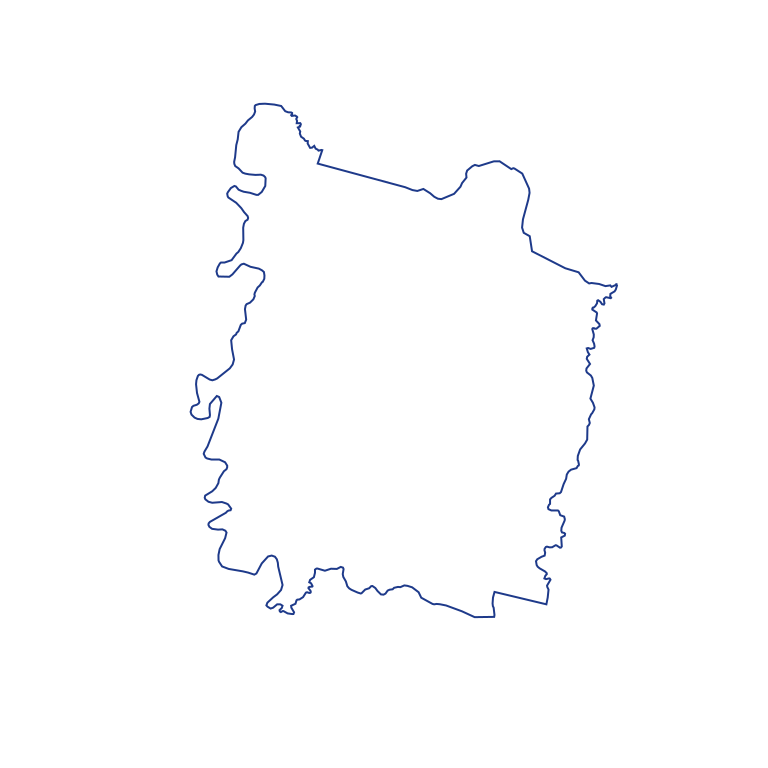 Pisaflores, Hidalgo, Mexico (orthographic projection), rotated 118°
{"feature_id": "50627088B64688657513585", "entity_name": "Pisaflores", "entity_type": "district", "adm_level": 2, "iso_a3": "MEX", "parent_name": "Mexico", "parent_adm1": "Hidalgo", "projection": "orthographic", "projection_center": [-98.985, 21.231], "detail": "fine", "context": "isolated", "style": "outline", "palette": "blue", "viewbox_px": 768, "rotation_deg": 118, "n_neighbors": 0, "source": "geoboundaries", "source_scale": "gbopen_adm2", "svg_char_len": 6166}
<svg xmlns="http://www.w3.org/2000/svg" viewBox="0 0 768 768"><g transform="rotate(118 384 384)"><path d="M621.1,441.3L620.2,434.3L615.7,420.7L614.3,415.4L613.2,409.0L611.2,407.7L599.8,407.7L590.7,405.4L588.2,402.6L587.7,399.2L589.1,396.3L591.7,393.8L594.9,391.7L609.1,379.2L614.2,378.2L619.9,379.6L624.4,381.7L631.8,384.3L634.7,383.9L635.3,382.2L635.5,378.7L633.6,376.9L628.7,374.9L627.2,372.0L627.4,369.5L629.8,369.1L632.7,370.1L633.7,369.2L633.8,368.0L632.0,366.8L631.7,366.1L631.8,361.4L630.2,357.0L629.6,356.0L627.8,356.2L625.0,360.8L623.4,361.9L619.6,359.0L616.1,359.7L615.1,359.3L613.9,357.5L610.2,355.4L604.9,355.0L604.0,354.2L603.6,351.9L602.9,351.0L602.0,351.0L601.1,351.8L599.7,354.9L599.0,355.1L598.1,354.5L596.5,352.2L596.0,352.2L594.2,354.8L594.2,356.9L591.6,357.3L587.5,355.2L583.1,356.3L580.3,357.8L578.7,357.0L578.2,356.2L576.6,348.5L572.0,344.1L569.4,338.8L565.8,336.3L565.4,334.0L566.4,332.8L571.2,331.2L573.5,329.3L576.2,325.0L579.8,321.4L580.8,318.8L581.0,316.1L580.5,309.3L579.9,306.2L579.3,305.6L574.3,304.1L571.3,301.2L568.5,300.4L567.8,299.4L568.2,295.9L569.8,292.6L571.2,287.9L570.2,285.5L568.4,284.3L564.7,283.8L563.0,282.5L561.2,280.0L559.2,279.4L556.6,276.4L555.7,274.2L552.3,271.5L551.2,268.5L550.3,263.7L551.6,255.7L555.2,250.8L555.4,237.9L555.0,236.3L553.5,234.3L552.2,231.2L550.4,225.2L548.1,208.5L547.3,194.5L537.9,177.4L536.1,178.0L530.0,182.2L529.0,183.6L526.8,185.1L521.4,187.5L515.7,188.8L502.3,137.2L495.7,139.2L488.3,142.2L486.5,144.6L485.4,145.4L478.7,145.1L478.0,146.2L478.1,146.9L480.2,149.3L480.4,151.1L477.6,151.5L475.4,151.0L474.6,151.6L473.9,153.9L473.7,160.0L473.2,162.5L472.2,164.2L469.1,166.6L466.8,166.4L462.6,163.8L460.1,161.6L457.3,162.5L455.4,164.3L454.2,164.8L452.0,164.6L451.1,163.8L450.5,161.1L449.2,158.9L445.8,156.8L445.5,155.9L445.9,151.7L445.2,150.9L443.9,150.8L436.3,155.5L433.0,153.2L431.2,153.8L430.9,154.9L431.5,157.2L430.3,158.6L427.5,159.8L419.8,160.4L418.4,160.9L416.5,162.7L417.1,166.8L414.3,169.9L414.0,171.1L417.1,176.9L417.3,180.0L415.9,181.4L413.2,181.6L411.9,181.1L407.9,183.2L405.9,182.7L402.6,180.9L400.0,180.7L398.0,177.6L396.3,177.0L388.0,178.4L382.2,178.7L378.1,180.1L374.7,179.9L371.8,178.6L367.9,174.5L365.4,174.4L364.5,173.8L363.4,174.2L360.5,176.7L360.2,177.4L356.5,179.1L349.7,180.1L342.1,178.6L337.7,178.5L326.0,184.4L323.9,183.8L321.8,184.0L318.9,186.6L313.5,186.9L312.1,186.5L307.6,186.4L305.8,187.1L302.5,190.7L300.0,194.9L286.9,198.0L280.9,202.9L279.4,205.3L278.5,210.3L277.3,211.7L275.2,212.5L269.6,211.5L266.6,216.8L264.5,217.4L261.6,216.4L260.2,218.9L257.4,221.7L256.4,220.7L256.0,218.0L253.4,215.4L252.0,215.7L249.8,217.4L247.4,220.4L244.3,220.8L241.8,222.0L237.7,225.9L236.8,225.9L236.1,224.9L236.2,223.8L235.4,222.4L231.4,220.8L230.0,221.9L228.4,226.7L221.7,229.0L221.0,229.8L220.5,235.0L219.5,235.5L218.6,235.5L218.3,234.9L216.1,234.0L212.7,233.8L210.3,234.8L209.5,234.3L209.8,231.6L211.2,228.9L210.7,227.2L209.3,227.2L205.9,229.8L204.2,229.3L203.1,228.7L201.8,224.1L201.2,223.9L200.3,225.5L198.1,226.4L194.0,223.9L191.8,223.7L187.7,224.5L187.3,225.2L186.0,225.9L187.5,225.7L191.4,228.7L190.7,230.5L193.6,234.4L194.7,241.0L197.4,248.2L198.9,250.1L198.4,255.1L194.0,264.6L196.7,278.3L197.3,315.6L185.1,324.7L184.9,331.6L181.1,335.5L173.4,338.6L153.7,343.1L146.9,345.2L143.4,347.6L133.3,360.7L132.5,370.0L132.8,371.2L134.5,372.5L133.1,386.5L135.9,391.6L147.0,402.6L147.9,406.6L150.3,408.3L156.5,410.8L159.8,410.2L163.0,408.1L169.9,409.4L173.9,409.1L183.2,411.4L193.8,420.1L195.1,423.4L195.1,427.5L193.9,432.8L193.3,440.8L197.9,445.2L199.4,449.9L200.3,457.7L220.5,546.0L206.5,548.3L206.7,549.1L208.7,551.4L208.2,552.6L208.3,554.8L206.5,557.4L209.1,558.5L210.2,560.1L207.5,564.3L205.3,565.3L206.1,567.1L206.1,568.1L205.0,569.9L204.6,573.3L202.4,575.9L200.4,576.5L197.9,580.5L196.5,579.3L195.9,579.5L195.8,579.0L193.6,579.4L193.0,580.4L194.7,583.5L192.5,584.3L191.2,585.9L189.1,585.9L188.8,586.5L188.7,588.6L190.6,591.3L190.2,592.2L188.9,591.8L187.8,592.4L187.8,593.4L189.1,596.2L189.5,599.3L186.8,605.3L188.8,612.1L192.4,620.7L195.3,625.6L198.0,628.3L199.1,628.6L201.4,627.6L203.9,625.7L207.1,625.3L210.1,625.8L215.2,627.9L219.2,628.6L224.2,630.5L229.6,630.8L236.7,628.0L242.4,626.6L253.8,621.9L258.2,620.6L259.9,619.5L261.4,617.7L261.9,613.6L263.8,608.1L263.4,605.3L262.2,601.5L259.7,595.6L257.0,591.0L256.5,588.2L257.1,586.1L257.9,585.1L264.9,581.8L271.8,582.1L276.1,583.9L276.9,585.4L278.1,592.1L280.1,598.1L280.5,600.8L280.7,603.6L279.1,607.5L279.4,609.1L282.9,611.2L288.0,611.9L289.6,611.8L291.7,610.1L292.4,609.0L293.4,599.5L295.7,592.6L297.9,588.3L299.8,583.2L301.2,581.9L303.0,581.6L305.2,582.9L308.3,582.9L312.1,581.7L323.0,575.7L325.6,574.8L331.3,574.2L335.9,574.6L338.1,575.5L346.2,576.7L351.6,581.8L353.3,585.0L354.6,585.5L359.1,585.6L363.2,584.8L365.7,582.6L366.8,580.6L361.9,570.9L358.4,569.3L346.7,566.6L345.3,566.0L343.6,564.2L343.2,556.9L340.9,548.7L340.9,545.2L341.5,542.6L344.3,540.5L347.3,539.1L350.7,539.0L351.4,539.5L355.3,539.9L358.1,540.9L363.9,540.9L365.7,540.5L367.0,539.4L370.6,539.1L375.1,540.5L378.0,542.8L379.7,543.0L383.2,541.9L391.9,535.9L395.6,535.5L397.3,537.6L399.0,538.2L405.9,537.3L408.0,538.1L409.7,537.9L412.5,539.3L417.1,539.5L424.6,534.5L432.8,527.9L437.8,526.8L442.6,527.5L457.4,533.9L459.2,535.2L461.3,537.3L461.9,540.0L461.4,549.1L461.9,550.8L462.8,551.7L464.3,552.1L468.7,551.4L472.5,549.8L479.7,544.9L486.4,538.6L488.1,538.5L490.2,539.5L492.7,542.0L494.5,542.7L499.4,541.7L501.4,539.6L502.6,535.5L502.4,532.3L501.0,528.8L496.8,523.7L494.9,522.5L493.1,523.1L487.7,526.6L483.4,528.3L473.1,526.0L472.9,523.4L476.9,518.8L492.4,514.0L522.0,510.5L528.0,510.8L530.3,510.4L532.7,507.1L532.8,505.2L531.7,500.9L528.0,493.9L527.7,487.6L529.7,484.1L531.3,483.3L533.2,483.1L536.2,484.4L543.6,485.0L545.9,484.9L549.3,483.7L554.7,483.8L559.4,485.3L566.5,489.5L568.6,488.9L569.7,487.6L570.4,483.7L569.5,479.9L564.3,471.7L563.5,467.0L563.5,465.1L565.8,460.4L567.5,460.2L568.7,461.8L569.9,462.6L572.0,463.2L587.5,473.0L589.4,473.4L590.8,472.9L592.1,471.1L592.6,467.8L590.5,462.2L588.2,458.4L588.0,455.2L589.1,453.3L594.7,451.9L606.9,451.6L612.7,449.9L617.4,447.3L618.4,446.2L621.1,441.3Z" fill="none" stroke="#1e3a8a" stroke-width="2"/></g></svg>